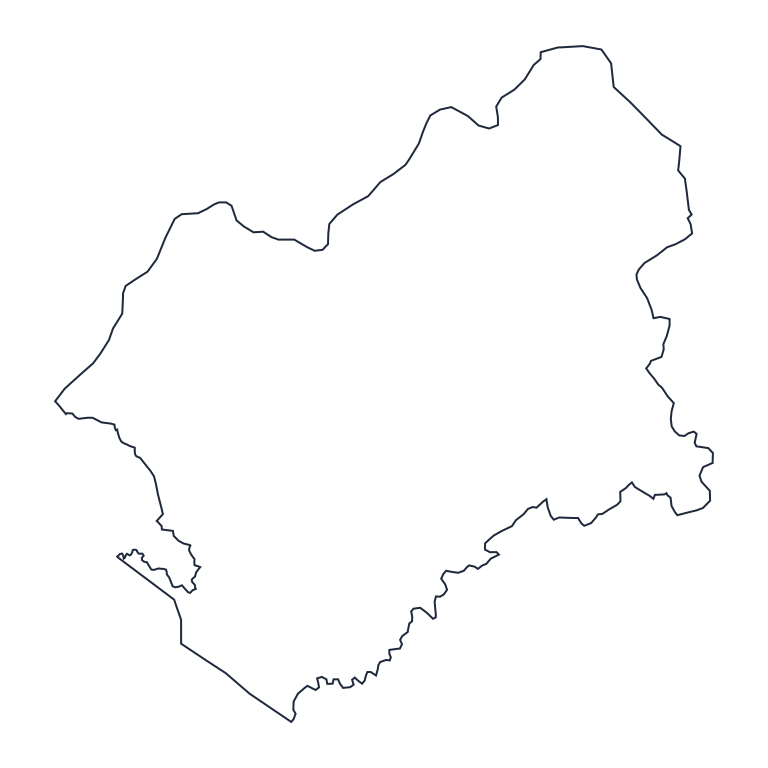 outline of Neekreen, Grand Bassa, Liberia
{"feature_id": "62588387B67611028502926", "entity_name": "Neekreen", "entity_type": "district", "adm_level": 2, "iso_a3": "LBR", "parent_name": "Liberia", "parent_adm1": "Grand Bassa", "projection": "mercator", "projection_center": [-9.936, 5.929], "detail": "fine", "context": "isolated", "style": "outline", "palette": "slate", "viewbox_px": 768, "rotation_deg": 0, "n_neighbors": 0, "source": "geoboundaries", "source_scale": "gbopen_adm2", "svg_char_len": 5154}
<svg xmlns="http://www.w3.org/2000/svg" viewBox="0 0 768 768"><path d="M117.2,556.5L117.6,557.2L174.1,599.6L176.6,606.9L181.1,619.7L181.1,642.3L181.1,643.7L207.1,661.0L225.8,673.2L249.6,693.7L291.2,721.9L293.5,719.3L294.2,717.6L295.6,713.7L293.8,710.6L293.3,709.8L293.5,705.4L293.6,701.6L295.5,698.1L296.8,695.8L297.8,693.8L303.4,689.0L303.8,688.6L307.4,685.8L315.6,690.0L319.0,687.4L318.1,682.2L317.1,678.4L321.8,676.9L326.4,679.3L327.3,683.9L332.6,683.7L333.6,679.3L338.1,679.3L340.0,683.8L343.1,687.9L350.1,687.2L353.6,684.7L352.1,679.8L354.8,677.6L357.9,680.5L362.1,683.7L364.7,680.5L365.5,677.3L366.0,675.3L367.4,672.0L370.7,672.0L376.0,675.5L377.7,669.5L378.3,665.3L380.2,662.0L386.0,660.0L389.8,660.4L390.8,657.3L389.3,653.6L389.3,651.1L389.4,649.9L396.1,649.0L400.0,648.5L402.0,644.1L400.1,639.9L402.2,636.1L407.7,632.0L408.3,628.5L409.3,623.5L412.1,621.2L412.2,616.7L411.5,613.0L411.2,611.4L413.5,608.7L420.2,607.8L426.9,612.8L433.0,618.8L435.8,617.3L435.8,614.2L434.6,601.8L435.1,599.8L436.0,596.4L440.0,596.7L443.7,594.5L445.7,591.8L447.1,589.7L446.7,588.8L445.3,584.6L441.2,578.6L443.3,574.1L446.1,570.8L451.8,571.9L458.2,572.8L461.2,571.7L463.8,570.8L466.6,567.5L469.0,565.4L474.5,566.6L477.9,568.9L482.1,565.6L486.4,563.8L490.7,558.7L498.9,554.6L496.5,552.1L490.0,552.2L485.0,549.6L485.1,543.3L488.3,540.4L490.6,538.3L493.8,535.5L501.5,531.1L507.4,528.3L512.0,526.1L515.9,520.2L523.6,514.2L528.0,508.9L532.7,507.0L536.5,507.7L543.0,501.7L545.3,500.0L546.4,499.2L547.7,507.3L550.7,515.9L553.8,519.7L559.2,517.5L573.6,518.0L578.0,518.0L581.5,523.5L584.2,525.8L591.1,523.1L595.4,518.2L597.9,514.4L602.3,513.9L604.6,512.4L609.1,509.4L617.1,504.8L620.4,501.4L620.4,497.3L620.2,491.9L626.1,487.9L628.1,485.6L629.7,484.2L631.9,482.4L634.9,487.0L642.4,491.6L649.4,495.7L653.4,498.8L654.9,494.9L664.5,494.4L666.5,493.2L667.5,495.3L670.6,497.7L671.5,505.9L674.7,511.8L677.3,515.2L687.8,512.5L696.4,510.4L702.9,508.0L710.1,500.7L709.8,490.8L701.5,481.7L699.5,475.6L703.1,467.1L711.8,463.3L712.6,463.0L712.9,453.0L711.1,451.1L708.3,448.1L696.3,446.3L694.7,442.7L696.6,433.9L693.8,431.6L688.6,433.2L684.4,436.0L679.2,435.4L674.7,431.3L671.7,426.4L670.8,418.9L671.6,411.2L673.8,403.1L667.8,396.5L661.9,387.6L658.4,384.7L657.8,383.9L654.2,378.7L649.4,373.0L649.1,372.5L646.2,368.4L649.8,363.8L651.0,360.8L661.5,356.9L663.7,349.4L663.4,344.1L663.9,342.9L666.8,335.9L669.6,325.5L669.6,319.0L660.4,316.9L653.5,318.2L651.7,310.1L647.2,298.3L640.8,288.5L640.3,287.6L636.9,279.5L636.5,274.5L638.8,269.5L644.5,263.0L657.1,255.2L667.2,247.2L675.1,244.4L683.6,240.0L685.2,239.1L692.1,233.4L691.7,231.0L690.6,224.1L687.7,218.2L691.6,214.6L688.9,209.8L686.8,192.4L684.9,178.6L678.1,170.4L678.5,167.6L679.3,160.0L680.5,146.2L667.2,137.9L661.8,134.6L652.9,125.4L649.6,122.0L642.9,115.1L630.0,102.0L613.7,87.0L611.1,63.3L601.4,49.5L582.8,46.1L562.4,47.3L557.8,47.5L540.7,52.2L540.5,59.1L533.7,65.0L524.7,79.5L514.3,89.7L501.6,97.6L496.2,106.6L497.9,117.1L498.0,125.0L497.3,125.3L489.1,128.5L478.5,125.5L468.1,116.2L451.3,107.1L440.0,109.6L430.4,115.4L426.6,122.8L424.6,127.7L422.6,132.8L419.0,143.3L410.0,158.1L408.3,160.7L405.5,164.8L393.5,174.0L380.4,182.0L373.0,190.6L368.2,196.1L352.8,204.5L337.3,214.7L329.3,224.0L328.3,233.8L328.0,244.2L326.0,246.2L322.6,249.8L314.7,250.8L307.0,247.1L294.3,239.6L278.4,239.6L271.4,237.1L263.2,231.7L253.5,232.3L243.3,226.1L242.1,225.0L236.6,220.5L231.5,205.7L226.1,202.4L219.0,202.4L213.9,204.5L206.6,209.1L199.9,212.3L198.3,213.2L181.7,214.2L174.7,218.9L170.1,228.2L165.3,238.0L156.9,258.8L147.5,271.7L135.8,279.1L125.7,285.9L123.1,293.1L122.7,304.7L122.2,313.7L113.0,328.5L109.0,339.9L100.3,353.7L93.1,363.3L79.9,374.9L64.6,388.8L55.1,401.3L58.4,404.8L65.9,414.1L66.9,413.2L72.3,413.5L75.4,417.1L78.6,418.8L88.1,417.7L92.7,417.8L97.5,420.3L101.5,422.4L108.5,423.3L110.4,423.5L114.5,424.6L114.8,427.7L115.9,430.2L117.2,429.6L117.8,432.8L119.4,438.0L121.2,441.4L122.9,442.7L124.6,443.6L127.0,444.5L129.6,446.0L134.7,447.6L134.8,449.1L134.7,450.7L135.0,454.1L136.3,456.2L138.6,457.3L139.9,457.7L141.2,459.2L141.6,459.7L143.7,462.4L145.4,464.5L147.4,467.1L150.0,470.2L154.0,476.3L155.8,483.4L156.6,487.5L157.1,489.9L157.6,492.7L158.0,494.6L158.7,497.4L160.6,504.7L161.7,509.1L162.9,514.1L156.7,521.0L157.6,521.7L161.6,526.1L161.9,529.5L162.7,529.6L172.9,530.9L173.8,536.0L178.6,540.8L183.5,543.5L187.6,544.5L189.5,544.9L190.4,545.5L189.6,547.2L189.0,550.2L191.0,554.3L193.4,557.7L194.5,558.9L194.3,562.3L194.6,565.2L198.5,566.4L200.2,567.1L199.2,568.3L196.2,572.2L195.0,576.6L192.7,578.5L191.7,579.9L192.2,582.1L194.8,584.8L195.1,587.3L195.8,588.9L192.7,590.2L190.1,592.9L188.2,592.3L185.6,589.5L183.0,586.6L181.9,585.3L178.7,586.7L175.2,587.3L172.7,586.3L171.2,582.6L169.2,577.5L166.9,574.5L166.6,571.6L166.0,569.6L163.0,568.8L160.9,568.8L158.9,568.4L153.8,569.9L151.4,569.6L151.0,569.0L148.8,565.5L146.8,562.2L144.3,561.8L142.1,560.2L141.8,557.9L143.7,555.7L142.4,553.7L138.8,553.7L137.2,551.7L136.6,550.2L135.2,549.7L132.8,549.9L132.3,552.0L131.2,554.4L129.6,555.4L127.0,553.8L126.0,554.9L124.7,557.9L123.8,558.5L123.1,555.3L122.0,553.5L119.5,554.2L118.6,555.6L117.2,556.5Z" fill="none" stroke="#1e293b" stroke-width="2"/></svg>